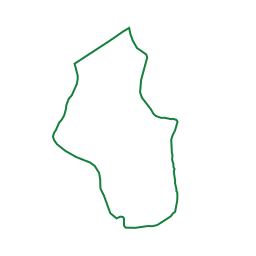 San José Ojetenam, San Marcos, Guatemala, rotated 18°
{"feature_id": "79465075B2462316079287", "entity_name": "San José Ojetenam", "entity_type": "district", "adm_level": 2, "iso_a3": "GTM", "parent_name": "Guatemala", "parent_adm1": "San Marcos", "projection": "natural_earth1", "projection_center": [-91.954, 15.237], "detail": "fine", "context": "isolated", "style": "outline", "palette": "green", "viewbox_px": 256, "rotation_deg": 18, "n_neighbors": 0, "source": "geoboundaries", "source_scale": "gbopen_adm2", "svg_char_len": 1072}
<svg xmlns="http://www.w3.org/2000/svg" viewBox="0 0 256 256"><g transform="rotate(18 128 128)"><path d="M98.2,32.5L97.3,33.5L93.8,37.4L84.1,50.1L57.3,83.4L59.0,85.9L64.0,93.8L65.1,97.3L65.7,102.3L64.5,114.0L62.6,118.7L62.3,125.5L63.1,128.6L63.4,135.5L62.5,140.3L60.9,144.3L60.0,152.6L59.2,155.3L59.2,159.2L61.4,162.3L65.5,165.4L75.4,169.1L87.5,171.6L102.8,172.6L108.0,174.3L114.4,179.6L117.4,185.4L120.5,194.1L125.8,199.5L137.5,214.5L145.1,217.5L148.0,214.7L150.5,214.2L152.1,215.2L154.3,222.0L156.5,223.5L165.8,220.7L177.0,215.2L181.9,213.7L185.8,211.2L187.1,209.7L195.9,198.9L197.0,195.6L198.7,193.1L197.3,182.1L195.9,177.1L194.6,173.8L193.7,173.3L192.9,171.1L189.5,165.4L189.4,164.2L185.0,155.3L184.9,152.6L183.3,151.1L182.4,148.4L179.8,144.6L178.5,139.6L177.5,138.3L172.7,125.7L172.7,120.9L173.5,115.7L173.2,106.7L171.4,105.3L167.7,105.4L166.5,106.2L159.5,107.0L156.2,108.2L150.6,107.9L147.9,106.7L143.8,103.0L131.9,94.9L128.4,90.2L125.6,78.0L124.5,55.1L122.6,52.4L111.9,49.2L105.7,43.6L101.2,37.9L98.2,32.5Z" fill="none" stroke="#15803d" stroke-width="2"/></g></svg>